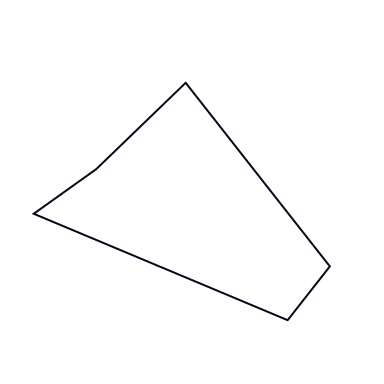 an SVG outline of The Valley, rotated 12°
{"feature_id": "AIA-5126", "entity_name": "The Valley", "entity_type": "District", "adm_level": 1, "iso_a3": "AIA", "parent_name": "Anguilla", "parent_adm1": "", "projection": "orthographic", "projection_center": [-63.059, 18.236], "detail": "fine", "context": "isolated", "style": "outline", "palette": "ink", "viewbox_px": 384, "rotation_deg": 12, "n_neighbors": 0, "source": "natural_earth", "source_scale": "10m", "svg_char_len": 245}
<svg xmlns="http://www.w3.org/2000/svg" viewBox="0 0 384 384"><g transform="rotate(12 192 192)"><path d="M41.7,246.2L93.6,189.5L163.1,86.5L300.2,201.0L342.3,236.1L312.2,297.5L41.7,246.2Z" fill="none" stroke="#020617" stroke-width="2"/></g></svg>